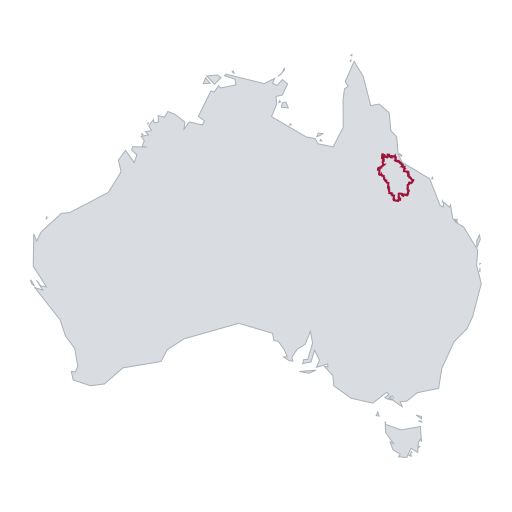 Charters Towers, Queensland, Australia shown in context
{"feature_id": "25037944B10597176528862", "entity_name": "Charters Towers", "entity_type": "district", "adm_level": 2, "iso_a3": "AUS", "parent_name": "Australia", "parent_adm1": "Queensland", "projection": "albers", "projection_center": [146.233, -20.209], "detail": "fine", "context": "in_parent", "style": "outline", "palette": "rose", "viewbox_px": 512, "rotation_deg": 0, "n_neighbors": 0, "source": "geoboundaries", "source_scale": "gbopen_adm2", "svg_char_len": 8423}
<svg xmlns="http://www.w3.org/2000/svg" viewBox="0 0 512 512"><path d="M363.2,76.4L370.7,105.6L379.3,104.1L389.1,112.7L390.9,130.7L396.7,136.9L398.1,153.7L402.2,162.4L429.7,178.8L440.1,205.5L443.1,207.0L443.7,202.3L449.6,207.2L450.6,204.9L452.7,218.4L456.1,222.5L463.6,226.9L477.7,250.1L476.6,265.2L481.3,283.5L472.6,316.7L467.0,328.6L454.0,341.9L441.8,368.4L438.6,388.3L417.3,392.7L406.8,401.1L400.3,401.8L402.2,406.7L391.9,399.6L393.4,398.0L392.7,396.2L390.8,396.2L387.4,399.2L384.9,397.4L389.0,394.5L386.7,392.2L372.9,403.1L351.2,398.3L333.8,385.8L332.9,375.6L324.6,366.5L327.9,366.8L327.7,364.0L316.4,367.3L319.5,360.2L314.6,350.2L311.0,362.0L302.6,363.6L303.7,359.7L307.7,359.4L312.6,343.2L310.4,331.3L305.2,344.2L297.0,349.5L291.8,357.3L292.8,361.1L289.4,360.8L283.7,357.0L287.1,356.7L284.2,349.5L278.3,341.4L273.8,340.6L272.6,333.3L238.6,323.3L183.9,338.9L167.3,349.7L161.0,361.5L122.9,367.9L104.4,384.0L90.4,385.7L73.2,380.0L71.3,371.3L75.4,372.1L77.8,366.2L74.7,348.4L65.6,336.2L60.0,319.7L34.9,287.7L42.8,290.1L36.4,280.1L40.7,285.9L46.4,286.8L33.2,266.2L33.8,233.9L36.6,241.0L41.4,231.7L61.4,213.3L69.5,212.7L108.3,192.4L121.1,171.9L118.4,160.1L125.5,150.4L134.3,162.6L136.9,154.8L131.7,150.2L132.6,146.7L146.6,147.1L142.1,146.4L144.3,140.8L141.2,136.5L148.5,134.9L145.4,131.8L151.5,130.5L148.8,125.9L153.4,119.6L154.2,122.9L158.5,121.9L158.1,115.6L164.5,117.1L167.9,111.5L174.9,114.3L184.8,122.1L184.0,129.3L189.3,121.9L202.4,125.0L204.5,121.0L198.4,116.2L211.0,90.8L214.1,92.1L218.7,85.6L220.7,88.0L236.0,84.8L235.0,79.1L224.3,75.7L225.9,74.1L264.2,83.6L274.7,78.4L272.4,83.2L277.1,85.5L282.4,79.5L287.6,84.0L282.3,95.1L275.9,96.4L276.7,104.1L271.5,116.6L305.9,136.8L315.1,138.6L318.1,143.8L333.1,146.9L343.2,127.4L343.1,99.4L344.5,88.9L348.2,86.3L345.2,81.7L354.1,61.4L363.2,76.4ZM385.2,424.3L401.3,429.9L420.4,426.5L421.5,441.9L420.3,439.2L418.3,442.4L417.8,452.5L411.0,448.3L406.8,457.5L398.6,456.8L400.2,454.2L393.0,449.8L390.1,442.0L393.3,443.4L385.7,432.5L385.2,424.3ZM206.7,76.0L217.4,75.0L221.0,77.7L214.4,84.3L206.7,76.0ZM299.4,371.5L315.9,370.2L309.0,373.2L299.4,371.5ZM285.8,102.0L288.3,107.9L281.5,107.3L282.3,102.9L285.8,102.0ZM476.9,247.5L476.7,240.6L479.4,235.0L480.3,239.2L476.9,247.5ZM416.0,415.1L421.4,416.5L421.5,418.7L416.0,415.1ZM205.7,77.9L210.1,83.3L203.2,83.6L205.7,77.9ZM379.2,416.1L376.2,415.6L377.8,411.9L379.2,416.1ZM323.0,133.6L319.9,135.5L316.8,136.6L318.2,133.2L323.0,133.6ZM34.6,286.2L31.5,283.4L30.7,280.4L31.1,280.2L34.6,286.2ZM420.3,420.8L422.4,422.3L418.4,421.0L420.3,420.8ZM454.8,219.4L457.2,219.4L457.1,222.4L454.8,219.4ZM398.9,153.4L401.7,155.3L401.2,156.3L398.9,153.4ZM410.9,453.8L411.1,456.3L409.1,455.5L410.9,453.8ZM480.0,267.9L480.0,271.7L479.7,271.6L480.0,267.9ZM234.0,73.3L232.1,71.8L233.2,70.9L234.0,73.3ZM284.3,70.1L281.8,73.2L284.6,67.8L284.3,70.1ZM480.5,263.4L479.3,264.6L480.1,263.3L480.5,263.4ZM291.3,124.6L289.8,125.2L290.6,123.8L291.3,124.6ZM280.5,102.1L278.7,102.6L279.7,100.6L280.5,102.1ZM47.0,216.2L46.9,218.7L46.1,218.6L47.0,216.2ZM350.9,60.0L350.8,62.1L350.1,60.6L350.9,60.0ZM390.8,397.1L391.3,398.3L390.7,397.9L390.8,397.1ZM281.2,74.1L277.8,76.4L281.3,73.6L281.2,74.1ZM148.6,122.9L147.5,124.5L148.1,122.7L148.6,122.9ZM412.0,452.0L411.0,452.5L411.6,451.6L412.0,452.0ZM321.8,140.8L319.9,140.8L320.8,139.5L321.8,140.8ZM143.0,134.6L142.1,135.5L141.8,133.6L143.0,134.6ZM419.7,446.8L418.3,447.5L418.8,446.2L419.7,446.8ZM352.0,54.5L351.8,55.9L350.7,55.2L352.0,54.5ZM390.0,398.7L391.5,399.9L389.1,399.5L390.0,398.7ZM433.0,178.7L431.8,178.8L432.3,177.2L433.0,178.7ZM442.7,202.0L442.0,202.0L442.5,200.8L442.7,202.0ZM385.8,422.4L385.5,423.4L385.1,422.2L385.8,422.4Z" fill="#d9dde1" stroke="#a8b0b8" stroke-width="1"/><path d="M398.1,201.0L398.2,200.0L398.5,200.0L398.6,199.7L400.1,199.8L400.2,198.6L399.1,198.5L399.2,197.4L398.6,197.3L398.8,193.7L399.3,193.7L399.5,193.5L401.8,193.8L401.7,194.4L402.3,195.5L402.9,195.6L403.3,195.8L403.4,194.4L405.3,194.6L405.2,194.8L406.4,195.2L407.3,195.3L407.3,194.8L407.4,194.6L407.5,194.3L407.6,194.0L407.8,193.9L407.7,193.7L408.2,193.2L408.2,192.8L408.1,192.7L407.8,192.3L407.8,192.1L407.9,191.9L408.2,191.7L408.3,191.4L408.8,191.1L408.9,190.8L408.8,190.5L408.7,190.3L408.3,190.2L408.0,190.1L407.7,189.7L407.9,189.5L407.8,189.3L407.7,189.1L407.7,188.8L407.5,188.6L407.6,188.4L407.7,188.1L407.7,187.8L407.9,187.5L407.9,187.3L407.6,186.4L407.7,186.0L407.6,185.8L407.7,185.5L407.6,185.0L407.7,184.9L407.8,184.9L408.0,184.8L408.3,184.7L408.4,184.4L408.6,184.3L408.9,184.2L408.9,183.9L408.9,183.5L408.9,183.4L409.1,183.3L409.1,183.2L409.0,182.8L409.0,182.7L409.5,182.5L409.7,182.8L410.0,182.8L410.2,183.1L410.6,182.9L411.1,183.1L411.4,182.7L411.5,182.5L411.7,182.3L411.8,182.2L412.1,182.3L412.4,182.0L412.5,181.9L412.6,181.5L412.8,181.3L412.7,180.9L412.8,180.6L413.3,180.3L413.3,180.0L411.8,179.8L411.7,179.7L411.5,179.2L411.4,179.2L411.3,178.9L411.2,178.7L410.7,178.3L410.6,178.2L410.6,177.9L410.6,177.6L410.3,177.5L410.2,177.4L409.9,177.1L409.7,177.3L409.6,177.2L409.5,177.4L409.4,177.4L409.4,177.1L409.5,177.0L409.5,176.8L409.3,176.8L409.3,176.7L409.2,176.7L408.9,176.2L408.6,176.1L408.6,175.9L408.2,175.9L408.2,175.7L408.0,175.3L408.1,175.2L408.3,175.1L408.4,174.9L408.5,174.8L408.6,174.7L408.3,174.5L408.4,174.3L408.2,174.2L408.1,173.9L408.0,173.7L408.4,173.8L408.5,173.4L408.5,172.4L408.4,172.4L408.3,172.2L407.7,172.0L407.4,172.0L407.5,171.6L404.0,171.2L404.1,170.9L404.2,170.7L404.2,170.2L404.0,169.9L404.1,169.7L404.3,169.3L404.3,169.1L404.5,169.0L404.5,168.9L404.4,168.4L404.3,168.2L404.3,167.8L404.3,167.6L404.2,167.7L404.3,167.8L404.2,167.8L404.0,167.5L403.9,167.5L403.7,167.5L403.5,167.3L403.2,167.3L403.1,167.1L403.1,166.9L402.9,166.8L402.9,166.7L403.2,166.6L402.9,166.5L402.9,166.4L402.7,166.4L402.7,166.2L402.6,166.3L402.4,166.3L402.7,166.1L402.5,165.9L402.4,165.8L402.5,165.7L402.4,165.6L402.6,165.4L402.6,165.1L402.3,165.0L402.3,164.8L402.2,164.7L402.4,164.6L402.1,164.2L401.9,164.1L401.7,164.2L401.4,164.1L401.4,163.9L401.2,163.6L401.0,163.4L400.9,163.2L400.5,163.2L400.5,162.9L400.1,162.8L399.8,162.8L399.4,162.1L399.4,161.9L399.7,161.9L399.5,161.7L399.5,161.8L399.2,161.7L399.0,161.8L398.8,161.7L398.7,161.7L398.3,161.6L398.2,161.7L397.8,161.5L397.8,161.3L397.7,161.1L397.3,161.2L397.2,161.0L397.0,160.9L397.0,161.2L396.1,161.1L395.8,161.0L395.8,160.8L395.6,160.7L395.4,160.7L395.1,160.4L395.3,160.3L395.3,160.0L395.4,159.9L395.3,159.7L395.6,158.0L395.4,157.9L395.3,157.5L395.5,157.5L395.8,157.7L395.8,157.3L395.6,157.1L395.5,156.9L395.3,156.5L395.1,156.8L394.9,156.7L395.1,156.4L394.7,156.1L394.7,155.9L394.6,156.0L394.6,155.9L394.6,156.0L394.3,156.2L394.4,156.4L391.9,156.1L391.8,157.5L390.6,157.3L389.5,156.1L389.3,155.8L389.4,155.7L389.1,155.6L389.1,154.7L388.0,154.7L387.9,154.7L387.8,154.9L387.6,154.8L387.6,155.1L387.9,155.2L387.9,155.5L388.2,155.7L388.1,155.9L388.2,156.3L388.1,156.5L387.9,157.0L387.6,157.3L387.7,157.5L387.6,157.4L387.4,157.2L387.2,157.4L386.9,157.2L386.6,157.2L386.6,156.7L385.8,156.6L385.7,156.4L385.6,156.2L385.6,156.4L385.4,156.3L385.4,156.5L385.5,156.6L385.1,156.6L385.1,156.8L384.6,156.8L384.6,156.5L384.1,156.5L384.1,155.8L384.2,155.4L384.3,155.3L384.3,155.0L384.0,155.0L383.6,154.8L383.2,154.8L383.0,154.3L382.3,154.3L382.0,158.2L383.3,158.3L383.5,158.6L383.0,159.1L383.1,159.3L383.3,159.4L383.4,159.5L383.6,159.5L383.8,159.9L383.1,160.5L383.6,161.2L382.6,162.0L382.6,162.8L382.7,163.0L383.4,164.6L383.7,164.7L383.9,164.7L384.1,164.7L383.4,165.3L383.2,165.0L381.8,166.3L381.7,166.4L381.6,166.7L381.4,166.7L381.3,167.5L380.0,167.4L379.9,168.3L378.6,168.0L378.5,169.0L378.0,168.9L377.9,169.8L378.2,169.9L378.6,170.0L379.4,170.3L379.1,174.3L379.4,174.5L379.6,174.8L379.9,174.8L380.1,174.8L380.1,174.7L380.3,174.5L381.0,174.5L381.3,175.0L381.8,175.0L381.8,174.7L382.3,175.5L382.3,175.8L383.6,175.9L383.5,176.7L384.0,177.2L384.3,177.6L384.1,178.0L384.1,178.3L384.2,178.5L384.1,179.2L385.1,179.7L385.1,180.1L385.4,180.2L385.2,180.3L385.1,180.5L385.3,180.8L385.4,180.7L385.7,180.9L385.9,180.9L385.9,181.0L386.2,181.1L386.3,181.4L386.3,181.6L386.8,182.2L387.3,182.7L387.3,182.8L388.4,182.9L388.1,187.0L388.9,187.1L388.8,188.2L388.2,188.2L388.3,188.5L388.8,188.9L388.8,189.5L389.2,189.5L389.1,190.8L389.1,191.3L389.6,192.5L389.3,193.0L390.1,193.2L390.4,193.2L391.6,193.1L391.5,194.4L392.5,194.5L392.4,195.5L394.1,195.6L394.0,196.1L393.8,196.1L393.7,198.4L393.5,198.8L394.0,198.9L393.9,200.2L395.2,200.3L395.1,200.5L398.1,201.0Z" fill="none" stroke="#9f1239" stroke-width="2"/></svg>